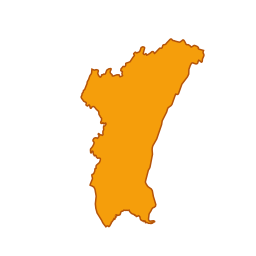 the border of Brest, rotated 288°
{"feature_id": "BLR-2338", "entity_name": "Brest", "entity_type": "Region", "adm_level": 1, "iso_a3": "BLR", "parent_name": "Belarus", "parent_adm1": "", "projection": "robinson", "projection_center": [25.618, 52.455], "detail": "fine", "context": "isolated", "style": "filled", "palette": "amber", "viewbox_px": 256, "rotation_deg": 288, "n_neighbors": 0, "source": "natural_earth", "source_scale": "10m", "svg_char_len": 5831}
<svg xmlns="http://www.w3.org/2000/svg" viewBox="0 0 256 256"><g transform="rotate(288 128 128)"><path d="M141.6,158.9L126.5,158.7L118.8,157.1L116.7,157.2L114.7,157.7L110.6,159.4L97.8,161.0L96.8,161.0L94.0,160.4L82.7,161.1L81.7,161.4L80.7,162.2L79.0,164.2L78.3,165.3L77.2,169.0L75.9,170.5L70.7,173.3L63.8,178.1L62.0,178.3L60.7,177.4L59.5,176.1L57.7,175.6L56.5,175.5L53.3,174.7L52.2,174.7L47.8,175.6L47.2,175.9L46.8,176.2L46.2,177.0L46.1,177.5L47.6,180.7L47.7,181.2L47.5,182.1L47.1,182.3L46.7,182.0L46.5,181.3L45.2,180.8L44.6,179.9L45.2,179.9L44.2,178.5L43.9,177.7L43.7,176.9L44.0,175.3L43.9,174.8L43.4,174.3L43.4,173.9L44.1,173.7L44.7,173.1L44.2,172.5L44.0,172.1L44.7,171.8L44.6,171.4L44.1,170.7L44.4,169.4L44.7,168.4L45.5,167.7L46.5,167.2L47.4,166.5L47.9,165.2L47.1,164.3L46.4,163.3L46.9,162.8L47.1,161.5L47.6,161.3L47.6,161.0L47.3,160.9L47.6,160.2L47.7,158.4L48.0,157.3L48.9,155.7L49.5,155.0L50.2,154.6L49.7,153.6L49.1,151.4L48.7,150.7L48.7,150.0L48.5,149.3L47.5,148.9L46.7,147.6L45.9,147.2L43.7,147.3L42.8,147.0L41.6,145.1L41.8,144.9L41.9,144.2L41.8,143.7L41.0,144.3L40.2,143.8L40.1,143.5L39.4,144.1L39.0,144.0L38.6,143.7L38.0,143.5L37.4,143.7L37.2,143.6L37.6,143.1L37.6,142.7L36.6,142.6L33.8,141.8L33.2,141.3L32.5,141.5L29.3,140.9L28.3,140.3L28.6,139.3L28.5,138.6L28.0,138.0L27.2,137.5L29.4,134.2L30.2,133.2L32.1,131.4L37.7,124.8L41.7,122.2L45.7,120.4L53.3,118.8L59.4,115.6L61.2,113.9L61.8,111.4L61.8,109.7L62.6,109.5L68.6,109.9L69.5,109.6L70.9,108.7L71.9,108.2L72.3,108.1L72.8,108.3L73.4,109.1L74.3,109.5L76.7,109.7L79.0,109.2L79.3,109.3L79.5,109.9L79.7,110.1L79.9,110.1L80.8,109.7L81.9,109.4L82.4,109.4L82.9,109.5L85.0,110.7L85.6,111.1L86.6,111.5L87.7,111.6L88.8,111.6L89.8,111.4L90.4,111.1L90.5,110.8L90.6,110.4L90.5,109.6L89.9,108.7L89.9,108.4L90.7,106.8L91.8,106.1L92.0,105.8L91.9,105.4L91.2,104.6L92.6,103.1L94.6,102.1L94.9,101.9L95.0,101.7L95.0,101.2L94.8,101.1L93.1,100.8L92.9,100.7L92.9,100.3L93.2,100.0L95.4,99.1L96.5,98.9L99.3,100.0L101.7,100.4L103.2,100.4L103.9,100.2L104.7,98.9L105.1,98.6L105.5,98.5L105.8,98.4L107.5,98.8L108.2,99.4L108.7,100.2L108.9,101.0L108.7,102.1L108.9,102.3L110.8,102.9L111.4,103.0L111.9,102.8L112.4,102.0L112.8,101.6L113.4,101.6L113.6,101.7L113.6,101.8L113.6,102.0L113.0,103.7L112.9,104.1L113.2,104.8L113.0,105.7L113.2,105.9L113.5,106.1L114.1,106.2L114.4,106.2L115.1,105.8L116.9,105.2L117.4,105.2L118.6,105.4L119.3,105.3L120.4,104.7L122.0,104.3L122.4,104.3L122.5,104.9L122.6,105.1L123.2,105.5L124.6,105.9L125.3,105.7L125.8,105.3L125.8,104.9L125.6,104.6L124.9,104.3L124.6,104.0L124.5,103.4L124.6,103.2L125.1,102.9L125.2,102.7L125.1,102.4L124.4,101.9L124.2,101.6L124.1,101.1L124.2,100.8L124.4,100.6L125.1,100.2L125.4,100.2L126.2,100.4L127.1,100.4L129.0,99.9L129.5,99.3L129.5,99.1L129.7,98.7L130.6,97.8L131.6,96.6L132.0,96.2L134.4,95.1L134.8,94.7L135.9,92.2L137.4,90.0L137.8,89.0L137.7,88.3L137.3,87.6L136.6,87.1L135.5,86.8L135.3,86.7L135.2,86.5L135.2,86.3L135.5,85.9L137.2,84.8L137.8,84.3L137.9,83.9L137.7,83.5L136.7,83.0L136.4,82.7L136.6,81.5L137.0,80.9L137.3,80.8L138.7,80.7L139.2,80.4L139.4,80.0L139.7,77.9L139.9,77.4L141.2,75.7L141.7,74.9L142.5,74.1L142.9,73.9L143.2,73.8L144.9,74.0L146.7,73.7L147.2,73.9L147.8,74.2L148.1,74.3L149.3,74.1L150.1,74.1L150.7,74.7L151.2,74.9L157.6,75.3L158.5,75.1L159.5,75.0L161.9,75.5L165.8,75.6L166.9,75.9L168.1,76.3L169.3,76.3L172.8,75.5L172.6,78.1L172.9,78.6L173.5,79.4L173.7,79.9L173.8,81.2L173.7,81.7L173.4,82.0L173.0,82.2L170.8,82.3L170.1,82.7L169.1,83.6L168.3,84.6L167.9,85.4L167.8,85.9L168.2,86.3L168.7,86.5L169.5,86.6L170.3,86.5L170.5,86.6L170.8,87.5L171.7,88.1L171.9,89.1L172.2,89.5L173.1,89.8L176.2,89.9L176.7,90.1L178.3,91.4L179.1,92.9L179.2,93.3L179.1,93.6L178.9,93.7L178.3,93.8L176.5,93.6L175.9,93.7L175.2,93.9L174.5,94.7L173.8,96.3L173.6,96.5L172.8,96.9L172.7,97.0L172.8,97.7L173.2,98.4L175.1,100.9L175.3,101.3L175.5,102.2L175.8,102.9L175.7,103.3L174.4,104.2L174.3,104.4L174.3,104.6L174.4,104.9L175.8,106.4L176.1,106.6L176.5,106.5L177.3,105.8L177.9,105.4L179.7,105.3L180.0,105.0L180.2,103.8L180.4,103.4L182.0,103.1L182.4,103.2L183.7,103.8L184.9,104.2L185.1,104.4L185.2,104.8L185.3,105.8L185.8,106.2L186.3,106.4L187.0,106.4L188.4,106.0L188.7,105.9L189.0,106.1L189.3,106.4L190.4,108.0L191.6,109.4L192.1,109.6L196.6,110.8L198.7,111.6L199.0,111.6L199.3,111.4L200.2,110.5L200.6,110.5L202.3,111.4L202.4,111.6L202.4,112.0L202.1,112.5L202.1,113.1L203.6,114.9L204.0,115.2L204.3,115.4L205.9,115.6L208.3,115.6L208.8,115.8L209.8,117.0L209.8,117.3L209.9,118.1L209.6,118.9L209.2,119.1L203.6,119.4L203.3,119.7L202.9,120.6L202.9,120.8L203.0,121.0L203.9,121.7L204.2,122.0L204.1,122.3L204.0,122.5L203.1,123.2L203.3,123.6L204.0,124.3L205.9,125.9L207.7,127.0L208.0,127.2L208.4,128.1L208.3,128.6L208.0,129.2L207.2,129.9L207.1,130.2L207.8,130.6L213.6,133.4L213.9,133.9L214.0,134.6L214.3,135.2L214.6,135.5L214.9,135.6L217.3,135.6L217.8,135.8L218.1,136.1L218.8,137.4L219.4,138.0L220.6,138.4L225.2,140.6L225.8,141.1L226.0,141.4L225.9,141.9L225.8,142.3L225.2,143.2L225.1,143.6L225.3,144.9L225.2,146.4L225.5,150.4L225.7,150.7L227.2,152.0L228.4,152.7L228.8,153.1L228.8,153.4L228.8,153.7L228.5,154.2L228.1,154.8L225.5,157.5L225.4,158.1L225.8,159.3L225.8,159.9L225.5,161.0L225.2,162.0L224.5,163.0L225.0,163.7L226.7,165.1L227.0,165.4L227.1,166.3L227.0,168.0L226.9,168.6L226.6,169.5L226.1,170.2L225.3,170.3L224.9,171.2L225.1,175.9L223.5,175.9L222.6,176.3L221.4,177.4L220.4,177.8L219.4,177.8L216.7,177.5L214.9,177.9L213.9,178.0L213.3,177.5L213.5,176.6L214.2,175.3L214.3,174.3L213.0,174.1L211.9,174.2L211.0,174.1L210.3,173.6L209.9,172.5L209.9,170.9L210.0,169.7L209.7,168.8L208.5,168.2L206.6,167.9L202.6,167.8L198.0,169.1L195.0,168.7L186.4,165.7L176.3,165.4L175.7,165.2L175.1,164.5L175.0,164.0L175.1,163.5L175.1,163.0L174.6,162.8L164.0,162.5L162.6,162.0L159.7,159.9L158.3,159.7L155.1,159.8L145.4,158.3L141.6,158.9Z" fill="#f59e0b" stroke="#b45309" stroke-width="1.5"/></g></svg>